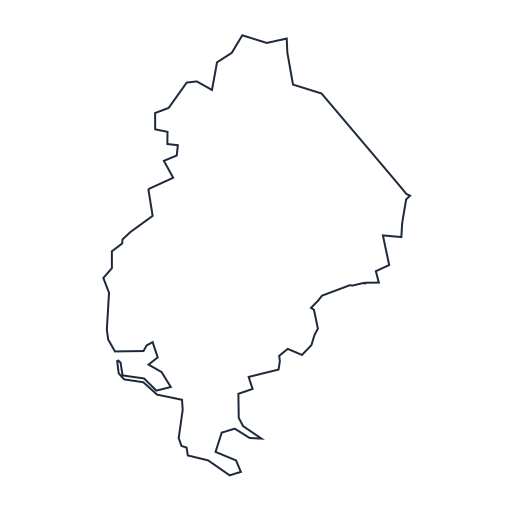 Chesterfield, Virginia, United States of America (Mercator projection), rotated 92°
{"feature_id": "52423323B79488300167847", "entity_name": "Chesterfield", "entity_type": "district", "adm_level": 2, "iso_a3": "USA", "parent_name": "United States of America", "parent_adm1": "Virginia", "projection": "mercator", "projection_center": [-77.515, 37.39], "detail": "fine", "context": "isolated", "style": "outline", "palette": "slate", "viewbox_px": 512, "rotation_deg": 92, "n_neighbors": 0, "source": "geoboundaries", "source_scale": "gbopen_adm2", "svg_char_len": 1414}
<svg xmlns="http://www.w3.org/2000/svg" viewBox="0 0 512 512"><g transform="rotate(92 256 256)"><path d="M365.3,390.0L365.9,391.1L378.1,389.1L383.9,383.5L386.1,364.2L398.0,350.0L402.3,324.9L412.5,323.9L440.6,326.9L448.4,323.9L449.9,318.7L457.7,317.2L461.9,296.8L476.1,274.7L472.3,263.6L461.0,268.8L453.2,289.6L433.7,284.1L429.3,271.2L438.1,256.0L438.3,244.2L426.5,262.9L418.4,267.6L394.3,268.8L389.0,254.8L377.1,259.1L368.7,229.5L360.4,228.5L354.9,229.3L347.7,221.0L353.3,206.6L343.1,197.5L332.9,194.8L326.5,191.6L307.8,196.2L305.9,199.2L297.8,191.8L297.2,191.5L293.3,188.6L281.9,161.2L282.2,158.6L279.1,147.3L279.5,147.0L279.6,146.8L279.7,146.3L279.3,146.2L279.2,146.0L278.9,145.4L278.3,132.3L267.0,135.7L260.4,122.6L231.0,129.9L232.0,111.4L219.0,111.1L213.5,110.5L194.2,107.9L190.3,104.2L188.8,107.8L175.8,119.4L115.8,173.9L91.3,196.2L83.4,225.0L51.5,231.8L37.6,232.9L42.7,252.7L35.9,277.4L53.8,287.3L63.8,301.7L91.6,305.8L83.6,321.3L85.1,331.3L111.0,348.4L116.6,361.8L132.9,361.2L135.0,348.8L147.2,348.5L148.0,338.0L158.3,338.7L164.1,351.4L180.7,341.5L192.5,365.1L193.6,365.8L219.5,360.7L236.3,382.2L244.1,390.0L248.2,390.2L256.3,400.2L273.2,399.6L283.3,407.8L297.9,401.6L334.9,402.5L344.6,400.8L356.3,393.6L354.9,365.1L349.2,362.2L345.7,356.3L360.8,350.7L368.3,359.6L375.3,346.3L389.9,336.6L394.0,350.9L382.3,363.6L380.0,385.2L367.4,387.6L365.3,390.0Z" fill="none" stroke="#1e293b" stroke-width="2"/></g></svg>